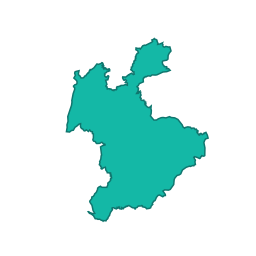 the district of Wang Nam Khiao, Nakhon Ratchasima, Thailand, rotated 52°
{"feature_id": "78962969B7842006163468", "entity_name": "Wang Nam Khiao", "entity_type": "district", "adm_level": 2, "iso_a3": "THA", "parent_name": "Thailand", "parent_adm1": "Nakhon Ratchasima", "projection": "natural_earth1", "projection_center": [101.843, 14.436], "detail": "fine", "context": "isolated", "style": "filled", "palette": "teal", "viewbox_px": 256, "rotation_deg": 52, "n_neighbors": 0, "source": "geoboundaries", "source_scale": "gbopen_adm2", "svg_char_len": 5768}
<svg xmlns="http://www.w3.org/2000/svg" viewBox="0 0 256 256"><g transform="rotate(52 128 128)"><path d="M197.0,84.5L191.0,79.6L186.2,77.2L184.8,74.9L184.4,73.6L185.3,71.1L182.5,69.9L179.4,69.3L179.2,70.9L178.9,71.0L179.3,71.5L178.9,72.3L179.1,73.0L178.9,73.6L177.1,73.8L176.8,75.3L177.5,75.5L177.4,76.3L174.1,76.4L173.6,76.2L174.1,75.3L173.2,74.6L172.8,75.0L170.9,74.9L170.6,76.0L169.0,75.9L168.0,76.9L167.5,78.3L165.9,78.3L163.9,80.2L162.9,82.5L163.0,83.5L160.8,84.0L159.1,83.4L152.0,83.4L148.8,84.9L146.4,87.4L144.6,88.3L143.4,91.9L141.3,93.9L140.3,95.5L139.4,98.6L139.3,100.6L137.7,102.7L132.3,102.9L130.8,100.8L128.7,98.9L126.7,97.9L124.9,96.2L125.0,98.8L123.5,99.8L120.1,100.2L119.6,99.9L120.2,99.4L120.1,99.0L119.0,99.2L118.5,99.0L118.5,98.5L118.3,98.7L117.4,98.2L115.8,99.0L115.6,98.7L114.9,100.0L113.8,100.5L113.1,100.1L112.9,99.5L112.1,99.4L111.5,99.8L111.2,99.1L110.4,98.6L110.1,97.4L109.0,97.3L107.6,96.0L107.0,96.6L106.4,95.9L106.2,96.7L107.1,98.6L106.1,100.0L105.0,97.1L104.3,96.7L103.6,95.6L102.9,95.2L101.9,95.6L100.8,95.3L101.0,94.1L100.0,91.7L101.1,87.5L98.9,86.0L98.3,85.3L98.1,84.1L98.4,84.0L98.2,82.6L98.8,82.3L99.2,80.1L101.0,78.3L101.0,76.3L103.1,73.9L103.9,72.5L105.4,66.0L107.5,62.7L108.5,59.3L106.2,59.5L104.9,61.2L104.2,60.0L103.5,59.8L102.0,61.6L101.0,61.3L99.3,61.5L97.3,60.5L96.8,60.0L96.7,59.0L98.4,55.7L98.3,54.1L95.5,51.7L94.4,49.4L93.8,46.7L89.9,45.1L89.0,46.4L87.0,47.9L86.7,49.5L85.7,50.1L84.2,49.8L83.6,49.0L82.4,49.2L82.1,48.5L81.4,51.2L80.4,53.1L79.9,52.3L77.2,51.6L76.7,51.1L75.1,51.6L74.4,52.4L73.7,52.3L73.8,53.4L73.3,55.0L74.9,55.3L75.0,56.7L73.6,63.3L72.8,64.1L72.3,65.8L73.4,69.7L72.3,69.8L71.4,71.2L69.9,72.4L71.2,73.6L73.1,72.8L75.2,73.5L74.9,74.9L75.6,76.9L76.2,77.2L76.5,78.4L77.7,78.7L77.6,79.3L78.2,79.5L78.6,80.4L79.1,80.4L78.9,81.6L79.3,82.0L79.1,82.3L80.6,83.5L80.3,84.3L81.2,85.8L82.0,86.1L82.4,87.1L82.1,87.9L83.3,88.7L83.6,89.8L84.3,89.9L85.2,89.3L86.6,89.7L87.4,88.8L88.4,89.6L89.4,89.9L89.2,90.9L87.0,91.5L86.6,93.7L86.8,94.4L86.4,94.7L86.5,98.4L84.5,100.7L85.2,101.4L87.4,101.9L88.1,101.6L88.2,100.1L89.9,100.1L90.5,102.1L92.2,100.8L93.9,102.2L92.2,103.2L91.7,105.2L90.1,107.4L90.3,108.4L89.8,108.8L89.4,110.4L88.7,111.1L89.1,112.1L90.0,112.9L90.4,112.8L90.7,113.6L89.5,115.3L89.8,116.1L88.8,116.3L88.7,117.1L86.8,117.4L86.6,118.0L86.4,117.8L85.1,119.0L84.5,120.3L82.7,119.2L82.2,119.7L81.3,119.7L80.7,117.8L76.6,116.2L77.6,114.2L75.5,111.4L74.9,111.3L74.5,111.7L74.6,114.0L73.0,114.4L72.0,113.9L71.8,113.3L71.0,113.2L70.7,112.0L71.0,110.9L70.6,109.6L71.2,108.9L71.6,107.4L71.2,107.4L71.0,106.6L70.5,106.5L70.5,107.4L70.0,107.4L69.6,106.8L69.2,107.5L69.4,108.1L68.8,108.8L67.9,108.8L67.3,109.4L67.2,108.7L66.6,108.9L66.7,110.6L66.4,110.5L66.4,109.9L66.0,110.4L65.5,109.7L65.1,110.3L64.6,109.8L64.1,110.5L63.9,109.9L63.3,109.9L63.8,109.4L63.7,108.9L63.1,109.3L62.7,108.4L62.0,108.2L61.9,107.6L61.6,108.5L60.9,108.0L60.4,108.4L60.6,109.2L59.8,111.9L58.4,113.1L59.6,117.7L59.5,120.6L58.8,121.7L59.3,121.7L59.2,123.4L60.2,124.7L59.9,125.6L60.3,125.8L60.2,127.5L60.9,129.0L60.4,130.3L61.0,131.6L60.8,132.7L59.6,134.2L57.6,133.8L55.7,134.2L54.7,133.7L52.7,131.3L51.3,134.4L51.2,135.4L52.3,136.5L54.1,137.0L55.3,139.9L59.1,139.3L60.2,139.7L61.5,140.8L61.8,141.8L61.2,143.2L61.4,145.1L62.0,145.5L63.3,145.2L64.7,146.2L67.2,150.1L71.8,155.4L73.0,156.1L75.3,158.5L81.9,168.4L85.8,171.1L88.0,174.2L90.0,175.5L93.0,178.8L95.2,176.5L95.2,174.1L96.1,172.4L94.8,169.3L95.0,167.2L94.8,164.1L95.4,162.7L97.2,164.3L98.7,164.9L99.9,164.9L100.8,164.3L103.2,164.3L103.8,163.7L103.8,162.0L106.4,161.3L106.0,159.4L108.0,159.4L109.0,158.4L110.5,159.5L111.3,158.9L114.4,161.3L115.7,163.0L117.1,163.2L118.7,162.1L120.3,162.4L121.0,162.2L122.6,159.9L123.1,157.5L123.6,157.2L125.2,157.2L126.5,156.2L127.2,156.5L126.2,159.1L126.0,161.3L133.1,165.5L133.4,166.3L135.8,168.6L137.1,171.1L137.8,171.2L139.3,173.2L140.8,172.8L141.4,173.3L142.6,173.1L143.4,174.2L144.3,173.8L144.3,171.6L145.0,170.0L147.6,171.4L149.5,171.4L150.5,171.9L152.7,169.4L153.2,169.7L153.3,170.4L154.8,170.2L154.9,171.4L155.9,171.0L156.2,171.5L156.8,171.4L157.3,171.7L157.2,172.9L157.5,173.4L158.3,173.5L158.9,175.4L159.0,177.8L160.3,178.7L161.7,181.2L159.0,184.7L158.2,185.4L157.0,185.5L156.6,187.1L156.7,188.9L157.8,190.0L159.2,192.7L159.4,194.9L160.1,195.9L160.5,197.4L160.1,199.0L161.3,200.0L162.1,203.2L163.2,203.7L166.8,204.0L171.5,206.3L174.8,206.8L174.0,208.3L171.2,210.1L169.7,210.5L169.5,210.9L171.5,210.9L173.2,209.9L175.9,209.2L179.3,209.7L180.7,208.2L181.4,208.0L182.5,206.4L184.2,205.9L185.3,205.0L186.1,205.0L186.0,204.2L187.6,202.5L186.9,201.2L187.1,200.3L186.8,199.4L186.3,199.0L185.3,195.9L184.8,195.6L183.6,193.4L182.8,190.5L181.3,190.0L181.3,189.4L182.1,188.3L183.2,188.0L183.7,187.3L184.5,187.2L184.6,186.7L183.9,185.5L184.8,185.5L184.8,184.7L185.5,184.5L184.6,184.0L184.6,183.6L186.7,184.1L188.1,182.8L188.0,182.2L187.1,181.9L188.7,181.2L188.2,180.5L188.6,179.2L188.4,178.7L188.8,178.4L188.5,177.8L188.9,177.4L188.9,176.7L189.3,176.7L189.6,175.0L193.5,173.6L195.1,172.1L196.2,172.3L196.3,172.0L195.6,171.3L196.2,169.7L195.8,168.0L197.5,165.7L197.6,164.8L198.3,164.6L199.0,165.1L201.4,163.1L203.1,163.1L204.5,160.6L204.8,159.3L203.8,157.8L203.4,155.5L202.7,155.5L202.2,155.0L201.5,152.4L201.8,151.7L201.6,150.9L200.2,148.4L199.6,145.9L200.2,144.4L203.6,142.9L203.5,141.3L204.2,140.1L203.3,139.5L199.2,139.3L199.3,137.3L202.0,134.2L202.4,132.5L200.7,126.8L197.0,123.3L196.2,121.6L195.6,118.5L196.5,116.4L196.6,114.6L194.6,111.0L194.8,106.4L195.9,103.0L196.6,102.7L197.5,100.0L198.3,99.4L197.9,98.3L198.3,97.4L195.7,96.0L195.2,95.0L194.5,94.6L193.3,94.7L192.1,94.0L191.8,94.2L191.5,93.6L191.6,93.1L193.6,91.7L196.2,90.3L196.2,89.5L195.4,88.3L195.8,87.6L195.2,86.9L196.9,85.6L197.0,84.5Z" fill="#14b8a6" stroke="#0f766e" stroke-width="1.5"/></g></svg>